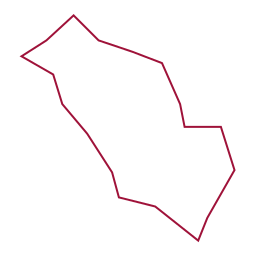 Anageia, Nicosia, Cyprus
{"feature_id": "46923920B76121655134993", "entity_name": "Anageia", "entity_type": "district", "adm_level": 2, "iso_a3": "CYP", "parent_name": "Cyprus", "parent_adm1": "Nicosia", "projection": "mercator", "projection_center": [33.24, 35.076], "detail": "fine", "context": "isolated", "style": "outline", "palette": "rose", "viewbox_px": 256, "rotation_deg": 0, "n_neighbors": 0, "source": "geoboundaries", "source_scale": "gbopen_adm2", "svg_char_len": 339}
<svg xmlns="http://www.w3.org/2000/svg" viewBox="0 0 256 256"><path d="M21.5,56.3L53.2,74.5L62.3,104.1L87.2,133.7L112.1,172.4L118.9,197.4L155.2,206.5L198.2,240.6L207.3,217.9L234.5,170.1L220.9,126.9L184.6,126.9L180.1,104.1L162.0,63.1L132.5,51.8L98.6,40.4L73.6,15.4L46.4,40.4L21.5,56.3Z" fill="none" stroke="#9f1239" stroke-width="2"/></svg>